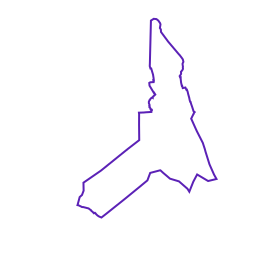 Tlalixtac de Cabrera, Oaxaca, Mexico (Natural Earth projection), rotated 153°
{"feature_id": "50627088B32865736340777", "entity_name": "Tlalixtac de Cabrera", "entity_type": "district", "adm_level": 2, "iso_a3": "MEX", "parent_name": "Mexico", "parent_adm1": "Oaxaca", "projection": "natural_earth1", "projection_center": [-96.634, 17.078], "detail": "fine", "context": "isolated", "style": "outline", "palette": "violet", "viewbox_px": 256, "rotation_deg": 153, "n_neighbors": 0, "source": "geoboundaries", "source_scale": "gbopen_adm2", "svg_char_len": 2550}
<svg xmlns="http://www.w3.org/2000/svg" viewBox="0 0 256 256"><g transform="rotate(153 128 128)"><path d="M88.6,158.5L89.6,155.9L89.0,147.5L88.7,147.6L88.5,145.4L88.8,145.3L89.2,145.2L90.8,144.8L91.0,144.6L91.4,144.6L92.1,144.1L92.3,143.7L92.6,144.2L93.2,144.2L93.8,144.0L94.1,144.0L95.1,143.6L95.9,143.0L96.2,143.0L96.3,142.8L96.7,142.6L97.6,141.8L98.2,140.4L98.2,139.7L98.3,138.9L98.4,138.5L98.9,138.2L98.9,137.7L99.0,137.7L99.0,137.4L99.2,137.1L99.4,136.9L99.5,136.7L99.4,136.5L99.4,136.4L99.3,136.2L99.1,135.8L99.2,135.1L99.2,134.7L99.3,134.6L99.4,134.4L99.2,134.2L98.7,134.0L98.6,133.9L98.6,133.5L98.5,133.2L98.7,132.9L99.1,132.9L99.4,132.8L99.6,132.7L99.5,132.3L99.8,131.9L99.9,131.7L102.0,132.6L104.5,133.7L107.0,134.7L111.3,136.7L111.6,135.9L111.6,135.7L116.7,125.8L123.5,112.1L137.3,109.5L146.9,107.5L171.5,102.3L192.5,99.5L196.0,92.3L199.4,89.2L202.4,88.4L208.0,82.2L207.3,81.7L205.5,79.4L204.9,78.5L203.7,77.8L199.6,74.2L199.0,72.8L198.4,71.9L198.2,70.5L197.7,69.7L197.1,67.5L196.0,67.5L195.6,66.5L195.6,65.9L194.9,63.9L194.0,62.3L192.3,60.3L186.1,61.5L162.3,66.4L147.6,69.6L134.5,72.5L128.6,77.9L118.5,75.7L118.3,75.5L117.0,72.0L114.9,67.0L113.6,63.8L106.8,57.3L102.6,46.8L102.3,43.4L94.2,50.5L87.5,55.2L80.7,44.4L72.3,42.4L72.5,47.4L71.9,58.6L69.7,71.6L69.1,74.4L68.5,78.3L68.1,80.7L68.1,83.3L68.1,89.8L68.1,94.1L67.9,98.5L67.5,106.5L67.5,107.6L63.1,110.9L62.9,110.9L62.7,111.3L62.4,111.5L61.4,111.9L62.0,113.3L61.7,114.8L61.4,116.8L61.3,117.3L60.9,120.3L60.8,120.9L60.4,122.9L60.7,123.1L60.4,124.8L60.2,125.5L59.8,126.9L59.8,127.0L59.7,127.2L59.6,127.8L59.4,128.8L59.0,130.8L58.4,133.2L58.3,134.0L58.1,135.5L58.4,135.6L58.6,135.6L58.6,136.2L58.5,138.0L61.1,138.7L60.6,141.0L60.9,141.1L60.1,144.3L58.7,148.0L58.1,149.2L58.6,149.3L58.6,149.5L58.5,150.0L58.4,150.8L57.6,151.2L56.7,151.7L56.5,151.8L56.0,152.4L55.9,152.5L55.8,152.8L55.6,153.2L55.4,153.9L55.2,154.1L54.6,154.3L54.3,154.4L54.0,154.6L53.7,154.7L53.1,155.0L52.6,155.4L52.2,155.7L51.6,157.2L51.2,157.7L51.1,158.0L50.7,159.3L50.3,160.4L49.4,161.2L48.8,161.7L48.6,161.8L48.3,163.0L48.1,163.8L48.0,164.3L48.1,164.9L48.2,165.8L48.9,169.7L49.0,169.8L49.5,171.8L53.0,186.7L55.0,198.6L54.0,200.9L54.2,202.6L52.0,205.6L51.8,206.9L52.2,209.9L53.2,212.1L55.5,213.6L58.8,213.3L79.2,175.6L80.5,173.3L80.6,172.9L81.0,170.8L80.3,170.5L81.3,165.1L81.5,164.0L81.6,163.8L82.4,161.3L83.4,158.6L83.7,158.8L83.8,158.9L84.2,157.8L84.4,157.3L85.5,157.8L85.8,157.9L87.1,158.5L87.5,158.6L87.9,158.6L88.0,158.6L88.3,158.4L88.5,158.5L88.6,158.5Z" fill="none" stroke="#5b21b6" stroke-width="2"/></g></svg>